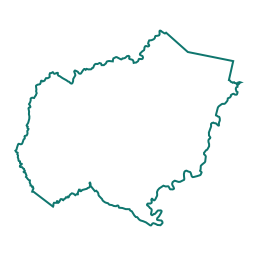 Pesé, Herrera, Panama
{"feature_id": "35544464B3990390948119", "entity_name": "Pesé", "entity_type": "district", "adm_level": 2, "iso_a3": "PAN", "parent_name": "Panama", "parent_adm1": "Herrera", "projection": "robinson", "projection_center": [-80.628, 7.893], "detail": "fine", "context": "isolated", "style": "outline", "palette": "teal", "viewbox_px": 256, "rotation_deg": 0, "n_neighbors": 0, "source": "geoboundaries", "source_scale": "gbopen_adm2", "svg_char_len": 5720}
<svg xmlns="http://www.w3.org/2000/svg" viewBox="0 0 256 256"><path d="M233.2,61.1L187.8,52.0L166.1,32.7L165.2,33.4L164.6,33.4L162.0,31.8L161.0,30.9L160.1,30.6L159.7,30.8L159.5,31.4L159.6,34.2L159.2,35.2L158.0,35.7L155.5,36.0L155.1,36.6L154.9,37.7L154.5,38.5L153.6,39.3L151.5,40.2L149.2,40.4L148.6,41.7L148.1,43.5L148.3,43.9L149.1,44.9L149.2,45.5L149.0,46.0L148.0,46.5L146.0,46.0L145.3,46.2L144.5,47.4L144.3,49.3L144.0,50.2L142.2,51.4L140.1,53.5L139.9,54.3L140.2,55.0L142.3,56.0L142.7,56.4L143.0,57.7L142.5,58.8L141.8,59.1L139.1,58.9L138.7,59.3L138.4,60.4L138.0,61.2L136.0,62.6L134.9,62.6L133.7,62.9L133.3,61.0L132.9,60.2L131.9,59.6L129.8,59.1L129.3,58.8L129.1,58.1L129.5,56.9L129.2,56.3L128.6,55.9L127.1,56.1L125.3,57.8L123.7,58.4L122.5,58.4L121.8,59.2L121.3,59.4L120.6,59.2L116.7,57.1L116.0,57.1L113.4,58.4L113.0,59.7L112.8,61.4L109.0,61.0L107.1,61.4L106.7,61.8L105.9,63.4L103.9,65.1L101.6,65.1L101.0,63.5L99.5,63.0L97.6,64.0L95.8,63.9L94.8,64.4L94.1,65.4L93.2,67.7L92.1,68.1L91.5,69.0L91.0,69.3L88.4,69.4L86.6,68.9L85.7,69.8L84.8,69.0L84.2,69.0L83.0,70.3L81.0,73.4L80.5,73.7L79.7,73.7L78.9,73.3L77.7,71.7L75.4,70.6L74.8,70.6L74.4,71.1L74.2,71.6L75.2,74.2L75.3,75.4L73.2,79.0L73.1,81.2L72.5,82.9L72.1,83.4L71.6,83.6L70.6,83.3L69.1,81.8L68.1,81.5L66.5,80.3L62.5,78.1L59.6,76.1L58.5,75.7L57.8,74.7L57.7,73.8L57.9,73.1L57.7,72.9L56.9,72.9L54.6,73.8L53.8,73.5L52.8,72.2L51.1,73.1L50.0,73.2L49.5,74.5L49.7,76.8L49.5,77.2L47.7,78.2L46.1,78.1L45.7,78.6L44.5,80.7L42.7,81.4L41.8,80.7L41.2,80.8L41.0,81.1L40.6,82.9L40.0,84.1L39.2,84.4L37.5,84.7L36.1,85.6L36.0,86.3L36.4,89.6L36.1,91.2L36.7,93.2L36.0,94.7L35.9,95.3L35.0,96.4L34.1,98.0L32.1,97.7L30.9,98.3L30.6,98.8L30.7,100.2L30.4,101.4L30.0,102.6L29.0,104.1L30.0,105.7L30.4,106.9L30.0,107.4L28.8,107.7L28.5,108.5L29.1,111.6L28.9,114.1L29.4,116.4L29.3,118.7L28.2,122.8L26.6,125.4L26.9,126.1L27.7,126.6L27.4,127.6L27.5,128.1L28.5,128.9L28.3,129.6L27.7,130.3L27.3,131.0L27.5,133.3L27.3,134.2L26.7,135.4L24.8,136.0L24.5,136.7L24.8,137.4L24.7,138.5L23.6,139.5L22.5,142.8L21.9,143.9L20.9,144.3L18.8,143.8L18.1,144.3L16.9,147.9L16.5,149.7L15.4,150.7L16.4,152.2L17.4,152.5L17.7,152.8L17.3,154.3L17.8,155.0L18.0,155.5L17.8,157.4L18.3,158.6L18.6,160.6L18.9,161.0L20.0,161.4L20.0,163.0L20.3,163.4L20.7,163.6L21.5,163.7L21.8,164.0L21.5,164.5L20.0,165.6L19.9,166.6L20.3,167.0L22.1,167.2L23.3,168.6L24.0,168.9L24.1,169.6L24.8,170.8L23.7,171.9L24.2,172.4L25.1,172.5L25.4,172.8L26.5,175.6L25.9,176.9L26.7,177.6L27.8,179.1L28.9,180.1L29.9,180.4L29.7,182.3L30.1,183.5L30.7,184.7L30.5,185.5L31.7,185.8L32.2,187.1L32.9,186.9L33.4,188.4L33.3,188.9L32.5,190.4L32.6,190.9L32.2,191.7L32.5,191.8L33.2,191.6L33.7,191.9L53.0,206.6L53.4,205.8L53.4,204.1L54.0,202.8L57.5,202.8L56.9,201.6L56.9,201.3L57.1,201.1L57.7,201.3L58.4,202.2L59.0,202.2L59.4,201.6L60.6,199.2L61.9,199.1L62.7,200.0L63.3,200.2L64.1,199.1L65.4,198.4L65.8,197.4L66.9,197.5L67.4,196.8L68.2,197.4L68.7,197.2L69.0,196.2L70.4,194.4L71.9,193.3L73.6,193.8L75.3,195.2L76.6,194.2L77.8,194.4L78.0,194.1L77.7,193.1L79.0,189.7L79.8,189.7L80.3,191.1L80.8,191.2L81.3,191.0L82.2,190.0L86.8,188.8L87.5,188.1L88.9,187.6L89.5,187.2L89.9,186.2L90.0,184.4L89.5,183.2L89.7,182.7L90.0,182.6L90.4,183.3L90.7,186.2L91.2,186.6L94.9,191.2L96.2,190.7L97.7,192.2L98.3,193.4L98.5,195.0L99.0,195.9L102.1,199.1L102.5,200.2L103.0,200.8L104.8,202.2L106.2,202.8L107.9,203.2L109.4,204.7L112.0,205.1L113.9,206.0L116.1,206.2L117.3,205.5L117.9,205.5L118.4,205.9L118.9,207.5L119.2,207.7L122.4,208.0L125.7,209.1L129.5,209.2L130.2,210.5L131.9,211.4L134.3,215.4L135.8,217.0L137.3,217.2L139.0,219.4L140.4,220.4L143.1,221.2L146.0,222.4L150.1,225.3L150.6,225.4L151.2,225.3L152.4,223.6L153.3,223.2L155.3,223.8L157.6,225.0L160.5,225.2L162.4,223.2L162.5,222.4L162.2,221.4L161.3,220.5L157.9,220.1L157.1,219.7L157.0,219.4L157.3,218.1L159.0,216.4L161.2,212.6L161.6,211.5L161.5,210.9L160.8,210.4L158.0,210.5L157.5,210.9L155.1,213.7L154.5,214.1L153.8,214.0L152.5,215.1L151.9,215.1L151.3,214.7L151.0,214.0L151.7,210.5L151.6,209.4L150.9,208.6L149.9,208.0L148.7,206.4L147.2,205.3L147.0,204.8L147.2,204.2L147.8,203.6L150.5,203.5L151.4,203.0L151.8,202.0L151.3,199.8L151.8,198.8L152.3,198.8L153.1,199.8L153.9,200.3L154.3,200.3L154.9,199.9L155.6,198.8L157.0,195.9L157.2,195.0L157.0,192.1L157.8,190.1L159.3,188.4L163.4,185.7L165.7,186.5L167.7,186.3L168.4,186.4L168.9,187.1L169.9,189.0L170.3,189.3L172.8,189.4L173.7,189.0L174.0,188.5L173.7,187.4L172.5,185.3L172.2,184.3L172.2,183.4L172.7,182.1L174.2,181.0L174.8,180.7L178.5,181.9L180.1,181.8L184.1,179.8L184.3,178.9L184.0,176.0L183.9,174.0L184.4,171.9L185.4,170.9L186.6,170.7L188.2,171.5L190.2,172.1L190.7,172.9L191.8,176.4L192.7,177.1L193.8,177.0L197.2,176.1L200.0,175.2L200.7,174.6L201.6,172.5L201.5,172.1L200.1,170.8L200.6,169.3L200.8,166.0L201.0,165.6L202.2,164.4L204.7,162.4L205.2,161.6L205.8,156.5L205.4,155.5L204.1,154.3L204.0,152.9L206.1,150.2L207.2,149.7L209.1,146.3L209.1,144.0L208.5,142.1L208.4,140.6L208.8,139.4L210.1,138.3L210.3,137.4L209.0,135.5L208.9,132.5L211.1,126.5L211.0,124.1L211.8,123.1L213.3,122.6L214.1,123.1L215.8,123.3L218.2,125.5L218.7,125.6L219.0,125.2L218.8,123.7L219.2,122.0L219.8,120.6L219.8,118.8L219.5,117.5L219.2,116.9L217.9,116.5L217.0,115.8L216.0,115.4L215.9,115.1L217.9,107.5L218.7,106.4L221.6,104.2L222.3,103.9L224.2,103.9L225.2,103.4L227.2,101.0L227.6,100.1L227.8,98.4L230.0,97.4L230.8,96.4L230.9,95.2L231.5,94.7L232.7,94.0L233.7,93.8L234.9,94.6L236.3,94.7L236.9,94.4L237.5,92.8L237.5,92.0L236.5,91.5L235.8,89.2L235.9,88.2L236.3,87.4L237.5,86.8L237.5,85.6L238.0,84.7L239.2,83.7L240.0,82.6L240.6,82.4L239.7,82.1L238.1,82.5L237.0,84.1L236.7,84.2L236.3,83.2L234.7,83.0L234.0,82.2L232.9,82.8L232.3,82.3L231.6,82.2L230.8,81.7L229.9,80.5L228.9,80.1L233.2,61.1Z" fill="none" stroke="#0f766e" stroke-width="2"/></svg>